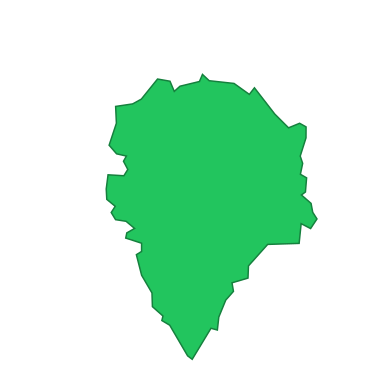 Clay, Kentucky, United States of America (Robinson projection), rotated 42°
{"feature_id": "52423323B60932235945211", "entity_name": "Clay", "entity_type": "district", "adm_level": 2, "iso_a3": "USA", "parent_name": "United States of America", "parent_adm1": "Kentucky", "projection": "robinson", "projection_center": [-83.714, 37.148], "detail": "fine", "context": "isolated", "style": "filled", "palette": "green", "viewbox_px": 384, "rotation_deg": 42, "n_neighbors": 0, "source": "geoboundaries", "source_scale": "gbopen_adm2", "svg_char_len": 968}
<svg xmlns="http://www.w3.org/2000/svg" viewBox="0 0 384 384"><g transform="rotate(42 192 192)"><path d="M264.6,305.9L298.4,316.7L304.1,316.2L297.3,280.6L303.2,277.6L295.6,267.0L289.4,249.7L289.3,238.1L282.5,232.7L291.2,218.5L283.4,209.1L283.3,180.3L306.0,158.5L294.3,142.5L304.6,139.8L302.9,128.4L295.3,126.3L288.1,120.8L275.3,121.0L276.3,116.1L267.7,104.8L260.7,106.3L255.1,96.7L248.4,92.9L240.5,75.5L233.2,67.3L226.0,68.9L220.8,79.7L201.4,78.7L168.7,72.8L169.3,81.1L150.6,83.2L130.3,97.8L121.1,97.6L123.6,104.9L112.3,121.4L111.5,129.1L101.5,124.4L90.8,131.1L92.2,156.9L88.9,166.3L78.0,179.5L89.8,191.5L99.1,212.7L110.4,214.1L119.2,209.2L120.5,215.0L129.2,218.2L130.5,225.5L118.1,235.4L126.2,247.1L133.6,254.5L144.5,254.0L145.7,261.3L153.7,263.7L162.6,257.9L173.7,257.5L170.9,266.0L173.6,270.6L188.8,263.8L194.3,269.9L192.6,275.8L210.3,287.6L229.8,293.8L239.3,303.7L253.4,303.6L255.6,307.7L264.6,305.9Z" fill="#22c55e" stroke="#15803d" stroke-width="1.5"/></g></svg>